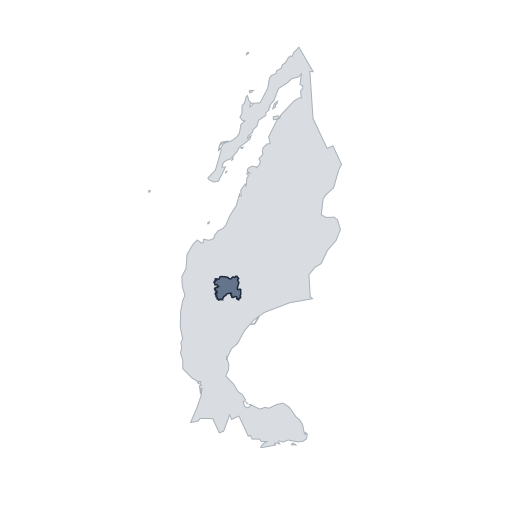 Guanajuato highlighted on a map of Mexico, rotated 65°
{"feature_id": "MEX-2728", "entity_name": "Guanajuato", "entity_type": "State", "adm_level": 1, "iso_a3": "MEX", "parent_name": "Mexico", "parent_adm1": "", "projection": "natural_earth1", "projection_center": [-100.934, 20.889], "detail": "fine", "context": "in_parent", "style": "filled", "palette": "slate", "viewbox_px": 512, "rotation_deg": 65, "n_neighbors": 0, "source": "natural_earth", "source_scale": "10m", "svg_char_len": 8304}
<svg xmlns="http://www.w3.org/2000/svg" viewBox="0 0 512 512"><g transform="rotate(65 256 256)"><path d="M84.9,128.9L113.1,126.3L111.6,129.2L155.4,146.2L188.5,146.1L188.6,139.7L209.2,139.8L212.7,144.4L226.9,156.8L230.3,167.2L232.9,171.2L246.3,179.4L250.6,176.3L253.9,168.6L257.9,166.9L267.7,168.3L275.7,176.8L281.2,189.0L290.5,200.2L291.1,207.2L295.3,215.9L315.9,224.1L318.6,222.8L312.6,245.3L310.7,272.2L311.7,277.9L317.1,285.7L316.0,289.8L316.3,285.6L311.8,279.1L313.2,285.1L318.7,297.8L327.6,309.8L329.6,317.3L335.9,325.0L334.1,324.8L337.7,326.7L336.6,325.6L343.1,326.5L347.7,329.2L351.9,334.1L362.8,330.4L370.8,329.8L376.2,326.9L381.8,326.3L382.9,327.4L382.6,329.0L387.2,330.0L390.2,327.6L389.4,323.7L387.9,324.6L388.2,323.8L396.5,317.2L397.0,311.8L399.4,308.7L399.3,300.0L400.8,293.6L407.1,289.8L418.4,287.8L423.3,285.6L428.8,285.1L437.9,287.3L438.6,285.9L436.3,285.8L439.3,284.8L443.1,287.7L443.8,291.6L442.1,296.8L436.3,304.7L436.1,310.0L433.3,313.2L433.8,314.3L436.4,313.9L433.7,317.2L433.8,318.6L435.6,318.1L432.2,331.4L431.3,332.6L429.3,329.6L428.8,324.6L426.3,329.8L423.5,330.1L420.2,337.0L416.3,336.9L416.0,339.1L393.9,339.1L393.9,347.2L388.9,347.1L401.1,359.4L400.8,364.0L385.1,364.0L379.6,375.3L381.2,378.2L379.3,385.7L367.9,372.9L358.7,364.2L353.1,360.9L352.5,361.8L357.7,364.7L349.7,362.1L350.2,360.1L348.1,360.9L346.7,359.1L345.3,361.0L348.0,362.0L343.9,362.5L340.0,365.4L327.3,370.0L319.1,366.3L312.2,365.5L307.5,362.1L302.9,360.7L299.9,357.4L288.7,354.8L274.7,347.9L265.6,341.5L261.7,337.1L252.3,335.6L243.3,331.9L237.7,324.7L225.4,317.8L218.9,308.3L216.7,302.5L221.6,299.7L220.8,297.2L218.6,296.4L221.9,292.0L222.3,286.7L219.7,284.9L217.1,279.6L217.2,274.8L215.5,270.5L208.2,262.4L202.0,252.6L192.2,244.1L195.0,245.7L195.2,243.9L190.0,242.1L186.2,235.4L188.9,235.6L181.3,231.1L180.2,228.9L177.3,229.7L176.9,228.7L179.1,226.1L175.4,228.1L173.2,226.2L172.8,221.8L175.5,217.9L176.5,218.7L174.7,214.7L172.3,212.1L169.0,212.2L166.9,206.9L163.0,205.7L160.7,203.4L159.1,198.6L160.2,195.6L153.3,194.2L141.4,179.1L140.7,175.5L138.9,174.4L131.5,155.8L131.0,150.1L131.9,148.2L125.2,145.9L123.7,142.8L121.6,141.8L119.1,143.6L110.2,137.9L111.7,141.6L110.4,148.6L112.3,154.2L113.7,164.8L122.7,174.1L125.6,180.4L127.0,180.2L127.6,182.1L129.0,182.3L130.2,186.4L132.8,187.6L134.1,196.2L138.8,200.5L140.3,205.3L142.5,206.9L144.0,212.6L145.9,214.0L144.9,209.7L147.5,212.2L150.5,225.3L153.5,229.1L157.4,238.5L156.8,242.4L157.6,246.0L161.0,249.4L162.4,246.0L172.2,258.3L171.2,262.9L167.2,266.3L165.0,266.7L161.0,256.5L145.5,242.9L144.0,243.1L140.9,238.9L140.3,236.0L141.3,229.6L140.1,223.5L137.8,219.2L130.3,214.0L128.8,208.8L127.4,211.0L123.5,212.0L120.7,208.5L113.6,204.9L112.6,201.8L107.4,197.5L106.9,196.0L112.4,196.8L115.6,195.5L115.6,196.9L118.3,198.3L117.3,194.8L116.1,194.6L118.9,187.6L108.8,174.4L100.4,168.6L98.9,165.7L99.0,160.8L96.9,159.2L96.4,153.6L93.7,151.2L93.4,147.9L89.8,142.7L89.2,140.3L90.4,138.6L87.9,136.5L84.9,128.9ZM140.9,179.3L139.9,182.7L137.1,181.6L138.3,176.5L140.0,176.0L140.9,179.3ZM129.7,178.7L125.8,175.0L124.8,171.2L126.8,172.5L127.2,174.6L129.2,175.1L129.7,178.7ZM442.1,303.7L441.1,302.5L441.5,301.0L444.1,299.7L442.1,303.7ZM141.0,243.1L138.2,239.6L140.0,232.5L139.5,238.9L141.0,243.1ZM105.4,192.7L103.3,192.2L104.8,188.4L105.8,191.2L105.4,192.7ZM69.7,180.2L67.9,177.8L68.3,176.7L69.0,176.8L69.7,180.2ZM143.4,243.2L145.1,245.9L141.5,243.3L143.4,243.2ZM206.8,285.0L206.4,286.2L205.5,285.7L205.2,283.8L206.8,285.0ZM158.6,236.0L159.2,238.1L157.4,235.4L158.6,236.0ZM151.9,221.7L152.9,222.7L151.3,224.6L151.9,221.7ZM153.2,325.9L152.4,326.2L151.4,325.4L152.3,324.2L153.2,325.9ZM385.6,326.4L383.7,326.9L387.1,325.7L385.6,326.4ZM167.9,248.3L166.9,248.0L166.8,246.0L167.9,248.3Z" fill="#d9dde1" stroke="#a8b0b8" stroke-width="1"/><path d="M287.4,287.7L287.4,287.9L287.3,288.1L287.3,288.3L287.3,288.5L287.4,288.8L287.3,289.1L287.3,289.6L287.6,289.8L287.9,289.8L288.2,289.9L288.4,290.0L288.3,290.4L288.2,290.5L287.9,290.6L287.7,290.7L287.6,290.8L287.5,291.0L287.4,291.2L287.2,291.3L286.9,291.5L286.6,291.5L286.3,291.4L286.0,291.2L285.9,291.0L285.7,290.9L285.3,290.8L285.0,290.9L284.7,291.0L284.4,291.2L284.2,291.5L284.1,291.9L284.0,292.4L284.0,293.0L283.9,293.5L283.9,293.8L283.9,294.2L283.8,294.5L283.7,294.8L283.4,295.0L283.2,295.1L283.0,295.4L282.9,295.4L282.7,295.4L282.3,295.0L282.2,294.8L282.1,294.7L281.8,294.7L281.6,294.8L281.4,295.0L281.2,295.1L280.8,295.2L280.5,295.1L280.3,295.1L279.9,295.0L279.8,294.7L279.8,294.4L279.6,294.1L279.3,294.2L279.2,294.4L279.0,294.7L278.9,295.0L278.7,295.2L278.7,295.4L278.7,295.7L278.7,295.9L278.6,296.2L278.5,296.4L278.4,296.6L278.3,296.8L278.1,297.4L278.0,298.0L278.2,298.6L278.4,299.2L278.6,299.4L278.7,299.7L278.8,300.0L279.0,300.2L279.0,300.8L279.0,301.3L279.0,301.8L279.2,302.3L279.3,302.3L279.4,302.5L279.6,302.8L279.9,303.1L280.1,303.4L280.2,303.8L280.4,304.1L280.6,304.2L280.8,304.4L280.9,304.7L281.1,304.7L281.2,304.8L281.4,304.8L281.2,305.1L281.1,305.3L281.1,305.5L280.9,305.9L280.8,306.1L280.7,306.2L280.6,306.3L280.4,306.3L280.2,306.3L280.2,306.5L280.1,306.8L280.1,307.1L280.2,307.4L280.3,307.9L280.3,308.3L280.1,308.5L279.8,308.5L279.5,308.5L279.3,308.6L279.0,308.6L278.8,308.8L278.7,309.1L278.6,309.3L278.3,309.3L278.3,309.1L278.3,308.8L278.1,308.7L277.8,308.7L277.5,308.8L277.3,308.8L277.1,308.8L276.9,308.8L276.7,308.8L276.3,308.8L276.1,308.9L276.1,309.0L276.1,309.3L275.8,309.3L275.6,309.3L275.4,309.1L275.3,308.9L275.2,308.7L274.9,308.3L274.7,308.6L274.5,308.8L274.3,308.9L274.1,309.0L273.9,309.1L273.7,309.1L273.3,308.9L273.0,308.8L272.6,308.7L272.4,308.4L272.3,308.1L272.5,307.9L272.8,307.8L273.0,307.7L273.0,307.4L272.9,307.2L272.9,306.9L272.9,306.7L272.6,306.6L272.3,306.6L272.0,306.6L271.7,306.7L271.6,306.8L271.4,306.7L271.2,306.4L270.9,306.5L270.7,306.9L270.7,307.2L270.5,307.5L270.3,307.6L270.0,307.6L269.8,307.5L269.6,307.3L269.4,307.3L269.2,307.4L268.9,307.4L268.7,307.3L268.7,307.2L268.4,307.3L268.2,307.4L267.8,307.2L267.8,306.9L267.9,306.4L267.9,306.0L267.9,305.9L267.8,305.7L267.7,305.6L267.8,305.5L267.8,305.4L267.9,305.2L267.7,305.0L267.6,304.9L267.7,304.6L268.0,304.5L268.2,304.3L268.3,304.1L268.2,303.9L268.0,303.7L267.7,303.6L267.4,303.6L267.2,303.4L267.3,303.2L267.1,303.3L266.6,303.2L266.4,303.2L266.0,303.4L265.9,303.4L265.5,303.4L265.4,303.5L265.4,303.9L265.4,304.0L265.2,304.3L265.2,304.6L264.8,305.1L264.7,305.3L264.5,305.1L264.3,305.1L263.9,305.1L263.6,305.0L263.4,305.0L263.2,305.1L262.9,305.0L262.6,305.0L262.4,305.2L262.1,305.1L261.9,305.1L261.9,304.9L261.8,304.6L261.7,304.5L261.6,304.4L261.5,303.1L261.4,302.8L261.2,302.6L260.9,303.1L260.7,303.2L260.7,302.8L260.9,302.2L259.6,302.5L259.6,302.2L259.8,301.8L260.1,301.3L260.4,300.9L260.7,300.5L261.0,300.1L261.2,299.6L261.1,299.0L261.1,298.9L260.7,298.5L260.4,298.2L260.1,297.9L259.8,297.6L259.7,297.2L259.8,296.7L259.9,296.3L260.1,295.9L260.2,295.7L260.3,295.5L260.4,295.3L260.5,295.1L260.6,294.8L260.8,294.6L261.1,294.0L261.4,293.4L261.8,292.8L262.2,292.3L262.3,292.2L262.4,291.9L262.5,291.8L262.6,291.6L262.9,291.4L263.1,291.2L263.2,290.9L263.3,290.7L263.6,290.4L263.8,290.4L264.0,290.4L264.4,290.4L264.6,290.3L264.9,290.1L265.2,289.8L265.5,289.5L265.8,289.2L266.0,288.8L266.0,288.5L266.0,288.2L266.0,287.9L265.9,287.7L265.7,287.2L265.4,286.8L265.2,286.3L265.2,285.8L265.5,285.4L266.0,285.0L266.4,284.6L266.4,284.2L266.3,283.9L266.1,283.6L265.9,283.3L265.8,282.9L265.9,282.6L266.1,282.3L266.4,282.0L266.6,281.7L267.1,282.0L267.5,282.0L267.8,281.8L268.2,281.5L268.3,281.5L268.3,281.4L268.6,281.3L268.9,281.3L269.2,281.3L269.4,281.6L269.4,281.8L269.4,282.0L269.5,282.4L269.6,282.6L269.9,282.8L270.0,282.9L270.4,283.0L270.9,282.9L271.3,282.8L271.8,282.7L272.1,282.7L272.5,282.8L272.9,282.9L273.3,283.0L273.5,283.2L273.7,283.4L273.9,283.6L274.1,283.8L274.6,284.3L275.2,284.8L275.8,285.3L276.3,285.8L276.6,286.0L276.8,286.3L277.1,286.5L277.3,286.7L277.7,286.7L278.2,286.7L278.6,286.6L278.9,286.4L278.9,286.1L279.0,285.8L279.0,285.5L279.1,285.2L279.2,284.8L279.3,284.6L279.5,284.3L279.6,284.2L279.8,284.1L280.0,284.0L280.2,284.3L280.4,284.3L280.5,284.3L280.8,284.5L281.0,284.6L281.4,284.8L281.7,284.9L281.8,285.0L282.1,285.1L282.6,285.3L283.0,285.4L283.4,285.6L283.8,285.7L283.9,285.8L284.4,286.2L284.9,286.7L285.3,287.2L285.9,287.2L286.3,287.2L286.7,287.3L287.0,287.6L287.4,287.7Z" fill="#64748b" stroke="#1e293b" stroke-width="1.5"/></g></svg>